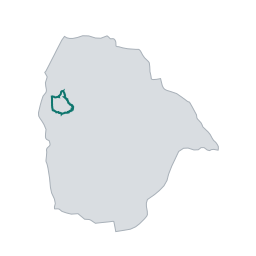 location of Bikita, Masvingo, Zimbabwe, rotated 171°
{"feature_id": "62879985B26822606878793", "entity_name": "Bikita", "entity_type": "district", "adm_level": 2, "iso_a3": "ZWE", "parent_name": "Zimbabwe", "parent_adm1": "Masvingo", "projection": "equal_earth", "projection_center": [31.804, -20.202], "detail": "fine", "context": "in_parent", "style": "outline", "palette": "teal", "viewbox_px": 256, "rotation_deg": 171, "n_neighbors": 0, "source": "geoboundaries", "source_scale": "gbopen_adm2", "svg_char_len": 5418}
<svg xmlns="http://www.w3.org/2000/svg" viewBox="0 0 256 256"><g transform="rotate(171 128 128)"><path d="M176.4,228.4L174.4,226.7L171.7,225.6L168.3,225.1L163.8,225.3L158.3,226.2L152.4,225.1L146.1,222.0L140.8,220.9L134.6,222.2L134.3,222.3L133.2,221.2L131.5,218.9L128.6,218.5L127.8,218.0L127.2,217.1L126.8,216.0L126.6,214.8L127.0,211.0L126.8,210.6L126.0,210.1L124.4,209.7L120.7,208.0L115.9,206.3L108.2,204.5L105.2,204.0L104.5,203.4L103.6,202.0L102.1,197.7L100.7,194.8L97.4,190.4L96.8,189.0L96.9,185.5L97.2,182.6L97.5,180.2L97.3,177.9L97.2,175.1L97.3,173.2L96.9,172.4L95.7,171.9L92.2,171.6L88.1,171.7L87.9,168.8L87.5,164.4L86.7,161.9L85.7,160.5L83.8,159.1L79.9,157.2L74.6,154.4L70.1,150.1L64.9,144.8L63.2,143.9L61.3,138.9L58.3,130.3L58.4,127.4L58.0,126.1L55.1,121.8L54.4,119.7L53.9,117.4L49.3,111.3L47.8,108.6L46.6,105.1L45.4,102.3L44.4,101.2L43.1,99.3L42.2,97.2L41.7,95.6L42.0,93.4L42.5,92.0L46.8,93.5L49.1,93.6L50.9,92.9L53.2,93.9L55.9,96.7L58.9,97.2L62.0,95.5L66.3,96.0L71.8,98.8L76.3,99.3L81.6,96.9L86.3,90.0L90.7,83.6L95.1,76.1L97.7,70.1L101.6,65.2L106.7,61.4L112.0,58.2L120.0,54.3L121.6,51.0L122.1,47.5L122.0,42.6L122.4,39.4L123.3,38.0L124.6,36.8L126.3,35.4L131.6,31.6L136.0,29.2L141.4,27.7L147.4,27.6L153.1,27.6L156.3,27.6L156.4,32.4L156.6,37.7L157.3,38.2L161.6,38.3L168.4,38.7L175.1,39.0L179.3,42.9L180.7,43.7L185.1,44.7L190.8,51.2L197.5,51.8L202.2,53.8L206.3,56.0L208.6,58.6L210.1,59.2L212.2,59.4L213.2,59.7L213.0,61.6L211.6,64.8L211.8,69.4L213.6,75.8L213.9,81.3L213.3,91.1L213.3,100.6L213.5,104.0L213.8,106.2L214.2,107.4L214.1,108.8L213.0,112.8L212.0,117.0L212.0,118.6L211.7,119.8L211.0,120.8L208.1,122.8L207.5,124.0L207.6,126.1L207.9,127.9L209.0,128.6L210.3,129.6L210.9,131.0L210.9,132.4L210.4,135.0L209.2,139.4L210.4,144.4L211.7,147.7L213.5,151.5L214.3,153.8L214.2,155.5L214.0,157.1L211.2,164.0L209.3,168.2L206.9,172.8L203.7,175.7L202.9,177.1L202.6,178.6L202.7,182.1L202.5,185.6L199.8,191.1L201.5,195.9L201.1,196.3L200.2,197.0L196.3,202.3L192.4,207.7L189.5,211.6L186.3,216.1L182.6,221.1L179.5,225.3L176.4,228.4Z" fill="#d9dde1" stroke="#a8b0b8" stroke-width="1"/><path d="M199.6,157.5L199.4,157.2L199.1,157.0L198.8,157.0L198.6,157.0L198.5,156.9L198.3,156.9L198.2,156.7L198.0,156.4L197.9,156.4L197.7,156.3L197.6,156.2L197.4,156.1L197.2,155.8L197.0,155.7L196.7,155.5L196.6,155.4L196.5,154.9L196.4,154.7L195.7,154.7L195.2,154.6L194.5,154.7L194.2,154.7L194.0,154.4L193.9,154.2L193.8,153.7L193.7,153.7L193.4,153.5L193.2,153.5L192.9,153.5L192.7,153.6L192.4,153.5L192.1,153.3L191.9,153.2L191.7,153.1L191.6,152.9L191.5,152.7L191.5,152.2L191.4,152.3L191.2,152.2L190.9,152.3L190.6,152.4L190.4,152.4L190.2,152.5L189.9,152.6L189.7,152.6L189.0,152.6L188.8,152.7L188.3,152.8L188.0,153.0L187.9,153.0L187.6,152.9L187.3,152.8L187.0,152.9L186.9,152.8L186.5,152.7L186.4,152.7L186.2,152.7L185.9,152.6L185.7,152.6L185.3,152.6L185.2,152.6L185.1,152.8L185.0,153.0L184.9,153.0L184.7,153.0L184.7,153.3L184.4,153.3L184.2,153.3L184.1,153.2L183.9,152.9L183.8,153.0L183.7,153.5L183.3,153.7L183.2,153.7L182.8,153.8L182.8,154.0L182.2,154.2L182.0,153.8L181.9,153.7L181.8,153.8L181.7,153.9L181.5,154.0L181.4,154.1L181.1,154.2L180.9,154.1L180.6,154.6L180.6,154.8L180.4,154.6L180.2,154.6L179.9,154.8L179.8,155.1L179.6,155.0L179.0,156.7L179.1,157.3L179.0,157.5L178.9,157.6L179.3,158.6L179.7,158.2L179.7,158.4L179.8,158.4L179.8,158.5L180.0,158.8L180.0,159.0L180.2,159.3L180.3,159.3L180.4,159.5L180.4,159.8L180.5,159.9L180.8,160.0L181.0,160.1L181.3,160.0L181.5,160.2L181.9,160.5L181.9,160.8L181.8,161.0L181.9,161.3L182.0,161.3L182.1,161.5L182.3,161.6L182.5,161.9L182.6,162.0L182.8,162.0L183.0,162.2L183.1,162.3L183.1,162.5L183.1,163.0L183.1,163.4L183.0,163.5L183.1,163.8L183.1,164.0L183.3,164.2L183.4,164.3L183.4,164.5L183.5,164.6L183.7,164.8L183.6,165.0L183.5,165.3L183.5,165.5L183.4,165.9L183.5,166.0L183.9,166.1L184.0,166.1L184.0,166.3L184.2,166.5L184.3,166.5L184.5,166.6L184.4,166.8L184.5,167.0L184.8,167.1L184.9,167.3L184.9,167.2L185.0,167.3L185.1,167.5L185.4,167.6L185.5,167.7L185.5,167.8L185.8,168.0L186.0,168.1L185.9,168.1L185.9,168.4L186.0,168.4L186.1,168.5L185.9,168.5L185.7,168.7L185.6,168.8L185.5,169.0L185.4,169.1L185.5,169.2L185.5,169.3L185.3,169.5L185.3,169.8L185.2,170.0L185.0,170.3L185.4,171.3L185.3,171.5L185.3,171.8L185.3,172.0L185.5,172.1L185.5,172.3L185.5,172.5L185.6,172.8L185.6,173.0L185.8,173.3L185.8,173.5L185.9,173.8L186.0,174.0L186.3,174.2L186.4,174.3L186.3,174.5L186.5,174.4L186.6,174.5L187.0,174.7L187.1,174.8L187.4,174.8L188.3,174.3L188.7,173.3L188.8,172.9L189.1,172.0L190.2,171.0L191.3,170.1L191.3,169.9L191.4,170.0L191.5,169.8L191.8,169.6L192.1,169.5L192.3,169.7L192.4,169.8L193.0,169.8L193.4,169.7L193.6,169.7L193.9,169.6L194.2,169.6L194.3,169.6L194.6,169.6L194.8,169.6L195.1,169.6L195.3,169.7L195.5,169.8L195.8,169.9L195.9,170.0L196.0,170.1L196.2,170.3L196.3,170.5L196.5,170.5L197.1,170.7L197.3,170.7L197.5,170.8L197.9,170.9L197.9,171.0L198.0,171.0L198.3,171.0L198.3,170.5L198.4,170.1L198.4,169.9L198.4,169.7L198.4,169.3L198.5,169.0L198.5,168.9L198.5,168.6L198.5,168.4L198.6,168.0L198.6,167.7L198.7,167.3L198.7,167.2L198.8,166.9L198.8,166.7L198.9,166.0L199.0,165.5L199.1,165.2L199.1,164.8L199.2,163.9L199.3,163.6L199.3,163.3L199.3,163.1L199.3,162.8L199.5,162.4L199.5,162.2L199.5,161.7L199.5,161.4L199.6,160.9L199.5,160.7L199.5,160.4L199.6,160.2L199.7,159.9L199.7,159.7L199.5,159.2L199.5,158.8L199.5,158.5L199.6,158.1L199.6,157.9L199.6,157.6L199.6,157.5Z" fill="none" stroke="#0f766e" stroke-width="2"/></g></svg>